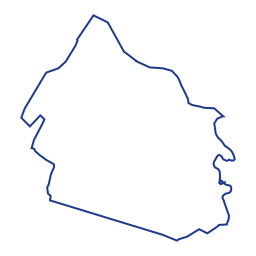 the district of Bocage, Castries, Saint Lucia
{"feature_id": "8701671B35941232442157", "entity_name": "Bocage", "entity_type": "district", "adm_level": 2, "iso_a3": "LCA", "parent_name": "Saint Lucia", "parent_adm1": "Castries", "projection": "orthographic", "projection_center": [-60.966, 14.003], "detail": "fine", "context": "isolated", "style": "outline", "palette": "blue", "viewbox_px": 256, "rotation_deg": 0, "n_neighbors": 0, "source": "geoboundaries", "source_scale": "gbopen_adm2", "svg_char_len": 2888}
<svg xmlns="http://www.w3.org/2000/svg" viewBox="0 0 256 256"><path d="M223.2,116.3L221.2,114.5L220.2,113.6L214.2,108.3L211.7,108.2L204.2,107.8L203.1,107.5L200.4,106.7L194.5,105.5L192.3,105.1L188.5,103.0L188.4,102.1L187.9,98.9L183.4,89.4L182.5,87.8L181.6,86.2L180.2,82.5L178.7,78.9L176.9,76.1L173.0,72.1L171.8,70.8L168.6,69.9L162.7,68.3L157.1,67.9L149.8,67.4L141.4,63.6L136.1,61.1L136.1,60.8L124.8,52.2L123.9,51.6L112.6,31.1L111.5,29.2L107.8,22.4L93.5,15.4L77.0,39.7L77.5,40.8L75.4,45.8L65.7,61.6L58.4,68.3L46.2,72.6L42.7,78.4L24.7,108.6L24.5,108.9L21.3,117.8L29.9,126.4L36.3,119.6L40.3,115.4L42.6,117.5L44.4,119.3L42.0,124.6L39.7,129.0L37.5,133.2L34.1,139.6L33.9,140.2L31.7,147.8L31.6,148.1L32.0,148.2L34.1,148.8L35.4,151.3L39.9,155.3L42.3,157.0L46.2,159.9L52.7,163.5L53.8,164.2L54.1,167.0L51.0,174.1L48.6,184.8L48.0,185.9L47.2,187.3L47.5,189.9L47.9,193.4L48.5,194.0L50.7,195.9L50.0,200.2L50.0,200.4L161.0,234.3L162.9,234.9L176.9,240.6L178.9,239.2L187.0,236.7L199.2,229.2L207.3,233.3L217.5,226.5L219.0,224.9L223.1,224.7L226.8,224.5L226.9,224.3L226.9,223.4L228.2,220.6L228.6,219.7L228.6,218.2L228.7,217.8L229.1,216.0L224.2,202.1L224.1,201.6L223.7,200.5L223.1,199.1L222.5,197.8L222.7,196.2L223.9,194.9L225.9,193.6L227.2,193.3L227.9,193.2L228.8,193.0L230.1,192.0L230.6,191.6L230.8,191.1L231.2,189.9L231.2,187.6L231.0,187.0L230.8,186.3L229.5,185.4L227.7,185.1L227.4,185.1L226.4,184.8L225.5,184.3L224.4,183.7L224.4,182.9L224.5,182.7L224.6,182.3L224.3,182.4L223.7,182.4L221.9,183.7L220.7,184.2L219.4,183.2L219.4,182.6L219.3,182.1L220.4,181.7L222.1,181.3L221.9,181.1L221.5,180.7L219.7,180.2L219.7,179.8L219.8,179.1L219.9,178.4L219.9,177.9L220.0,177.5L220.0,177.2L219.9,176.3L219.9,175.1L219.9,174.9L219.9,174.5L219.9,173.9L219.9,173.6L219.8,172.7L219.7,172.3L219.6,171.6L219.3,170.9L219.2,170.6L218.9,170.1L218.5,169.6L218.4,169.4L218.2,169.2L217.8,169.0L217.6,168.8L217.4,168.7L216.9,168.4L216.5,168.2L216.1,168.0L215.9,167.9L215.5,167.7L215.1,167.4L214.3,166.2L214.0,165.4L213.9,165.1L213.7,164.6L213.6,163.5L213.7,162.8L213.9,162.1L214.1,161.7L214.2,161.4L214.9,160.3L215.0,160.0L215.2,159.6L215.7,159.0L216.0,158.3L216.6,157.3L216.9,156.9L217.1,156.6L217.7,155.8L218.0,155.4L218.4,155.2L218.8,155.1L219.2,155.0L219.8,155.3L220.6,155.6L221.0,156.0L221.4,156.2L221.5,156.5L222.0,157.0L222.2,157.7L222.4,158.0L222.7,158.5L223.1,158.9L223.7,159.4L224.0,159.7L224.9,160.0L225.7,160.5L226.2,160.7L226.4,160.7L226.8,160.8L227.0,160.7L227.5,160.6L228.2,160.3L229.0,159.8L229.2,159.6L229.4,159.6L229.6,159.7L230.2,160.0L230.8,160.5L231.4,160.5L233.3,160.5L233.6,160.4L233.8,160.3L234.0,160.0L234.7,159.1L234.3,157.6L233.7,155.4L231.9,151.7L230.5,150.0L228.0,147.9L224.9,145.8L221.7,141.3L217.8,137.3L217.2,136.3L215.7,133.6L215.3,130.3L214.4,124.5L214.3,123.2L215.4,121.7L217.0,118.9L217.3,118.7L217.7,118.5L220.7,117.2L222.7,116.3L223.2,116.3Z" fill="none" stroke="#1e3a8a" stroke-width="2"/></svg>